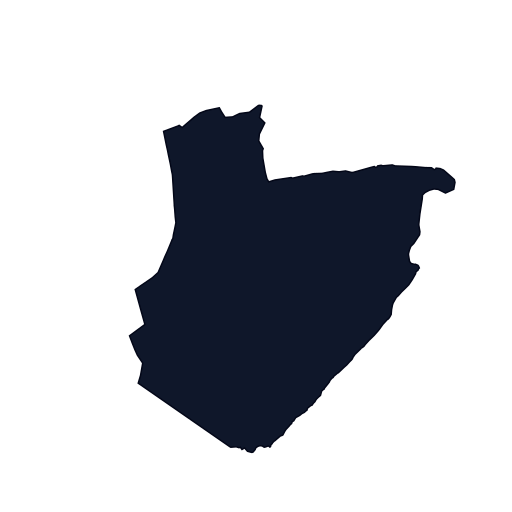 the district of San Lorenzo, Oaxaca, Mexico, rotated 303°
{"feature_id": "50627088B2703983374094", "entity_name": "San Lorenzo", "entity_type": "district", "adm_level": 2, "iso_a3": "MEX", "parent_name": "Mexico", "parent_adm1": "Oaxaca", "projection": "mercator", "projection_center": [-97.876, 16.418], "detail": "fine", "context": "isolated", "style": "filled", "palette": "ink", "viewbox_px": 512, "rotation_deg": 303, "n_neighbors": 0, "source": "geoboundaries", "source_scale": "gbopen_adm2", "svg_char_len": 3390}
<svg xmlns="http://www.w3.org/2000/svg" viewBox="0 0 512 512"><g transform="rotate(303 256 256)"><path d="M85.2,226.5L81.8,337.9L81.9,339.0L85.2,343.3L86.0,346.2L87.1,347.0L86.1,349.6L88.8,351.0L87.6,355.2L88.9,359.3L89.3,359.8L90.2,360.4L91.6,360.5L93.1,360.7L94.7,360.3L96.1,360.7L97.6,361.4L98.9,362.5L99.7,363.7L100.2,365.4L100.0,366.3L100.3,367.3L101.6,368.4L103.0,369.4L103.5,370.1L103.3,371.7L103.8,371.9L104.3,371.9L105.4,371.5L106.0,371.3L107.1,371.7L107.6,371.7L107.8,371.6L108.7,371.7L110.4,372.0L111.8,372.6L113.1,372.9L115.0,373.5L118.5,374.5L118.9,374.7L119.3,375.3L120.5,376.0L124.6,375.6L126.4,375.6L126.8,375.6L130.2,376.2L131.4,376.4L133.4,376.6L134.2,376.9L134.8,377.1L136.8,376.6L138.3,377.4L141.6,377.3L142.5,377.5L143.9,378.3L146.2,379.5L148.8,380.3L149.3,380.6L151.2,381.7L153.3,382.2L154.3,382.7L154.7,382.6L156.4,382.1L156.8,382.2L158.2,382.7L160.4,383.4L161.3,384.2L163.8,384.3L164.9,384.5L165.5,384.7L166.8,384.7L167.3,384.6L169.6,384.7L169.7,384.8L171.6,385.2L174.2,386.0L177.6,384.9L178.4,384.6L180.7,385.2L181.4,385.6L181.6,385.5L182.8,385.4L187.5,385.9L190.4,386.1L191.4,385.9L191.6,385.8L194.7,386.2L196.1,386.8L198.0,386.8L198.4,387.0L200.7,387.7L202.2,388.1L202.8,388.6L206.9,389.6L210.4,390.4L214.0,391.4L218.3,392.1L220.1,392.5L220.4,392.6L222.1,392.8L224.0,392.5L227.4,392.6L235.3,394.4L236.1,394.4L237.3,395.1L239.2,395.7L241.3,395.8L247.4,396.8L247.6,396.9L253.8,398.3L260.0,399.2L262.3,399.4L267.6,399.6L274.7,400.8L274.8,401.1L276.4,401.4L278.1,401.4L280.6,401.2L284.9,398.9L289.3,397.1L291.3,396.6L296.0,396.3L297.8,396.2L300.2,396.9L305.1,397.6L310.3,398.8L315.1,399.8L321.1,399.9L327.9,399.5L329.9,398.8L332.4,399.6L333.6,399.3L334.9,399.5L336.1,397.7L336.4,396.7L335.9,394.1L335.2,393.3L334.8,391.9L334.2,390.3L335.1,387.7L339.5,383.7L340.8,382.7L342.8,382.0L344.6,381.4L348.3,380.6L352.5,381.5L362.9,381.6L365.6,380.3L370.7,375.6L371.9,374.9L380.6,370.5L394.3,364.4L397.9,362.4L401.3,363.2L405.6,365.6L409.2,368.8L410.5,371.4L411.1,372.4L412.0,380.6L419.6,385.5L426.1,382.8L428.1,380.7L428.7,377.0L430.2,366.5L429.6,362.8L427.8,359.2L426.6,359.3L425.5,358.4L425.6,355.1L422.3,349.8L417.8,341.3L415.6,337.4L407.3,323.6L406.6,320.7L402.8,315.9L400.7,313.2L400.2,311.5L397.9,309.0L396.3,308.9L395.4,308.0L395.5,306.5L393.0,304.2L379.0,291.9L378.1,290.6L376.1,284.8L371.9,279.9L369.0,274.4L364.7,269.9L362.1,267.3L362.0,267.2L361.1,266.2L356.8,260.0L355.5,258.5L349.0,252.8L348.5,251.4L341.2,244.3L340.9,242.7L338.4,239.9L330.1,230.5L325.1,226.3L326.7,223.1L331.2,218.2L341.8,208.4L347.3,204.5L348.1,204.0L349.9,203.6L354.0,195.6L360.1,192.4L372.4,190.9L374.0,183.6L385.0,179.4L385.2,178.7L384.2,176.7L383.5,176.0L373.0,172.2L366.6,164.7L359.9,160.6L355.4,154.6L358.1,148.6L360.3,144.5L354.9,139.1L350.9,135.1L345.3,131.0L338.7,128.5L323.5,124.1L323.7,120.4L322.6,119.8L310.2,110.6L300.5,120.1L296.1,124.6L293.7,126.9L290.8,129.8L290.0,130.6L286.7,133.9L281.0,139.3L279.1,141.2L278.4,141.8L276.7,143.1L269.0,148.8L256.2,158.3L254.0,159.9L253.6,160.1L253.2,160.5L250.6,162.6L244.9,166.9L239.9,171.0L239.5,171.0L237.3,171.9L233.2,173.5L229.0,175.1L225.3,176.8L224.1,176.7L223.0,177.0L211.7,179.1L205.6,180.0L201.9,180.7L188.8,182.9L181.9,181.1L180.5,180.6L169.0,175.8L162.1,173.0L147.6,189.3L138.1,200.1L120.2,193.4L115.5,199.8L111.4,205.6L108.2,210.6L104.5,219.3L93.0,224.2L85.2,226.5Z" fill="#0f172a" stroke="#020617" stroke-width="1.5"/></g></svg>